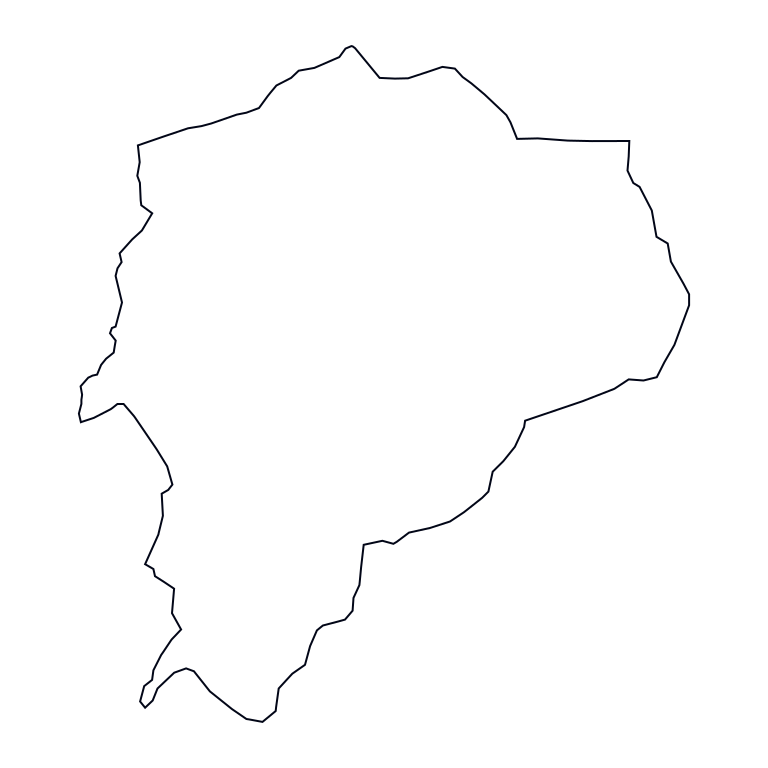 Mbam-et-Kim, Centre, Cameroon
{"feature_id": "32672807B95944109326060", "entity_name": "Mbam-et-Kim", "entity_type": "district", "adm_level": 2, "iso_a3": "CMR", "parent_name": "Cameroon", "parent_adm1": "Centre", "projection": "natural_earth1", "projection_center": [11.781, 5.302], "detail": "fine", "context": "isolated", "style": "outline", "palette": "ink", "viewbox_px": 768, "rotation_deg": 0, "n_neighbors": 0, "source": "geoboundaries", "source_scale": "gbopen_adm2", "svg_char_len": 2096}
<svg xmlns="http://www.w3.org/2000/svg" viewBox="0 0 768 768"><path d="M355.1,48.2L352.7,46.4L351.4,46.1L345.5,48.6L339.3,57.1L334.2,59.3L314.4,67.9L298.7,70.7L291.1,77.9L276.4,85.5L270.5,92.6L267.7,96.1L259.0,108.0L246.4,112.7L236.8,114.6L211.2,123.5L201.5,126.1L188.0,128.3L163.7,136.5L149.5,141.4L137.9,145.4L139.7,162.2L137.3,175.8L139.9,182.8L140.7,200.5L141.3,205.3L152.2,213.3L141.9,230.5L132.2,239.4L119.6,253.4L121.6,262.1L117.5,268.3L115.6,275.9L122.0,302.5L115.6,326.6L111.9,328.0L110.0,333.3L115.7,340.6L114.8,345.7L113.7,352.6L106.1,358.7L101.1,364.9L97.1,374.6L92.5,375.6L89.7,377.0L88.3,377.6L80.6,386.3L82.1,394.7L81.8,397.1L81.4,399.7L81.4,403.9L78.9,413.6L80.9,422.2L82.3,421.7L93.8,417.9L110.7,409.2L112.5,407.9L117.4,404.0L123.6,404.0L133.9,416.0L135.0,417.5L156.2,448.6L157.1,450.0L167.2,466.4L172.4,484.6L169.1,488.8L168.3,489.9L161.7,493.7L162.9,515.8L158.7,533.0L158.4,534.5L145.1,564.2L153.4,569.0L155.0,576.2L164.1,582.0L174.1,588.7L172.0,613.2L181.1,629.5L172.0,639.1L171.2,640.1L162.7,652.8L161.2,654.9L153.4,670.3L152.1,679.9L144.2,686.1L140.1,701.5L145.1,707.7L152.7,700.5L157.5,688.5L174.2,672.7L186.1,668.4L194.0,671.3L194.9,672.5L209.9,691.4L231.0,708.3L232.0,709.1L246.4,719.0L249.0,719.4L262.5,721.9L275.7,711.0L276.1,707.2L278.7,688.5L287.5,678.9L292.3,673.7L305.0,664.8L310.1,646.1L316.9,630.4L319.8,628.0L322.9,625.5L338.2,621.5L345.0,619.6L352.6,610.7L353.5,597.9L355.3,594.0L359.4,585.1L359.8,581.2L361.1,567.4L363.7,544.8L382.4,540.8L393.4,543.8L396.8,541.8L409.0,532.6L429.9,528.0L450.0,521.5L464.0,512.2L482.2,497.8L488.4,491.6L492.7,471.7L503.3,461.2L514.9,446.8L524.1,427.1L525.1,420.7L582.6,401.2L614.4,388.8L628.7,379.4L643.5,380.5L656.8,377.2L664.4,362.2L674.4,344.9L689.1,305.3L689.1,294.3L683.5,283.7L670.9,261.6L667.7,243.5L656.5,236.8L651.8,210.5L639.6,186.9L633.3,183.0L627.5,170.6L628.7,156.5L629.3,141.0L591.9,141.1L567.9,140.6L537.8,138.4L517.1,138.9L510.5,122.4L506.4,115.1L484.5,94.4L471.4,83.4L462.6,77.0L454.9,68.6L442.4,66.9L428.8,71.5L408.1,78.3L394.9,78.6L379.6,77.9L355.1,48.2Z" fill="none" stroke="#020617" stroke-width="2"/></svg>